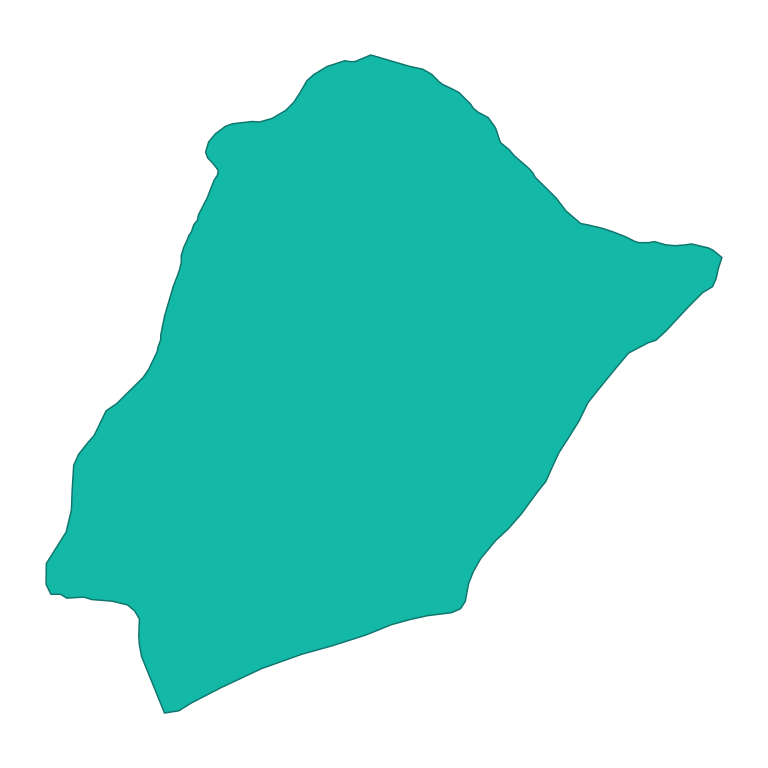 outline of Ramjar, Tashigang, Bhutan
{"feature_id": "84629894B19422058596981", "entity_name": "Ramjar", "entity_type": "district", "adm_level": 2, "iso_a3": "BTN", "parent_name": "Bhutan", "parent_adm1": "Tashigang", "projection": "mercator", "projection_center": [91.58, 27.409], "detail": "fine", "context": "isolated", "style": "filled", "palette": "teal", "viewbox_px": 768, "rotation_deg": 0, "n_neighbors": 0, "source": "geoboundaries", "source_scale": "gbopen_adm2", "svg_char_len": 2006}
<svg xmlns="http://www.w3.org/2000/svg" viewBox="0 0 768 768"><path d="M716.1,278.8L718.3,268.6L721.9,257.5L712.9,250.1L708.3,247.9L700.6,246.1L691.4,243.9L685.4,244.9L675.1,245.7L665.5,244.8L654.5,241.6L648.7,242.6L639.1,242.7L634.5,241.3L625.1,236.6L612.5,231.7L602.6,228.4L587.9,224.9L580.6,223.5L566.0,211.0L556.3,198.2L535.2,177.3L532.9,173.0L530.6,170.3L527.5,167.2L514.4,155.9L509.3,149.9L500.5,142.6L498.5,137.0L496.2,129.6L494.6,126.5L488.3,117.7L478.1,112.2L473.2,108.1L470.3,103.7L466.2,99.8L459.3,92.8L452.3,89.0L442.5,84.4L439.1,81.8L431.5,74.2L422.7,69.2L409.3,66.3L370.8,55.0L354.9,61.6L349.6,61.6L344.9,60.7L327.1,66.5L313.9,74.5L306.9,80.7L299.9,92.9L297.0,97.3L293.9,102.2L285.7,110.4L272.1,118.4L265.8,120.2L259.7,122.0L252.2,121.5L232.4,123.8L225.3,126.4L215.2,134.0L208.6,142.0L205.6,152.2L207.8,158.1L211.6,161.9L214.7,165.6L218.4,170.6L217.2,175.7L214.2,180.0L208.5,194.5L207.2,197.9L198.5,214.7L197.3,220.5L193.9,224.5L191.4,231.9L188.9,235.5L186.7,241.0L183.8,247.2L181.3,255.2L181.3,262.2L180.5,265.8L179.4,270.2L176.9,277.1L173.3,286.3L165.9,311.6L164.5,316.3L163.8,319.9L160.7,335.4L160.8,339.2L159.7,342.7L158.2,346.4L157.1,351.8L148.8,369.1L143.1,377.5L126.3,394.1L116.8,403.5L106.1,410.8L94.2,435.4L88.3,442.1L81.1,451.2L78.7,454.2L73.7,465.2L72.2,489.7L71.4,509.9L66.2,531.9L56.3,547.7L46.3,563.5L46.1,579.5L46.1,584.4L50.9,594.2L60.6,594.3L66.7,598.1L83.7,597.1L92.2,599.6L111.7,601.1L127.5,604.9L134.7,611.0L139.4,618.9L138.8,635.7L139.3,644.3L141.6,656.6L164.5,713.0L178.8,710.8L190.9,703.2L220.9,687.7L261.5,668.6L301.9,654.2L332.8,645.6L366.3,634.8L391.3,624.7L409.4,619.7L427.2,615.7L451.4,612.7L460.4,608.8L462.9,605.1L465.3,601.4L468.5,583.9L473.3,571.6L480.7,558.6L495.6,540.6L508.4,528.7L521.2,514.1L537.9,491.3L545.9,481.4L551.6,468.5L558.9,452.7L569.1,436.9L579.0,421.0L587.8,402.9L598.6,389.3L616.3,367.6L628.6,353.0L648.0,342.8L655.9,340.2L665.6,331.3L688.1,307.2L702.6,292.6L712.5,286.7L716.1,278.8Z" fill="#14b8a6" stroke="#0f766e" stroke-width="1.5"/></svg>